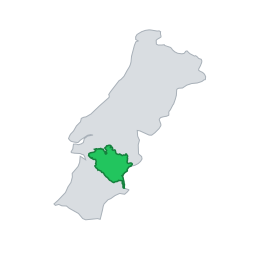 where Évora sits in Portugal, rotated 25°
{"feature_id": "PRT-744", "entity_name": "Évora", "entity_type": "District", "adm_level": 1, "iso_a3": "PRT", "parent_name": "Portugal", "parent_adm1": "", "projection": "mercator", "projection_center": [-7.866, 38.601], "detail": "fine", "context": "in_parent", "style": "filled", "palette": "green", "viewbox_px": 256, "rotation_deg": 25, "n_neighbors": 0, "source": "natural_earth", "source_scale": "10m", "svg_char_len": 6032}
<svg xmlns="http://www.w3.org/2000/svg" viewBox="0 0 256 256"><g transform="rotate(25 128 128)"><path d="M99.7,34.9L102.6,32.1L105.4,30.3L107.0,29.6L113.5,27.8L115.2,26.8L116.9,27.0L117.1,27.9L118.1,29.6L119.1,30.8L119.4,31.7L116.9,35.4L116.5,36.7L117.8,39.1L118.1,39.8L118.7,40.1L120.5,40.0L123.6,38.5L125.7,37.2L126.5,37.7L132.6,37.0L134.1,37.6L135.1,38.3L138.1,39.2L141.4,39.3L145.5,38.0L147.3,36.7L147.7,35.3L147.8,34.3L148.3,33.6L149.2,33.2L150.7,33.9L152.8,34.5L157.8,34.7L158.8,33.9L160.5,34.2L162.7,35.1L165.3,34.8L166.6,36.0L167.1,37.6L167.3,41.0L167.1,44.5L167.6,45.8L169.3,46.1L172.2,46.1L174.7,47.0L176.7,48.7L177.3,50.4L177.6,51.5L176.6,52.2L175.3,54.6L171.8,57.9L166.9,60.8L163.1,64.4L160.5,68.7L157.2,70.5L156.3,71.5L155.9,72.6L158.0,77.9L158.7,81.9L159.2,86.9L158.9,88.3L158.7,93.7L158.2,95.3L158.3,96.6L159.1,98.0L159.5,99.3L158.0,101.0L155.3,102.9L153.2,104.7L152.7,106.3L152.8,107.3L156.2,110.7L156.8,112.1L156.4,115.4L154.4,120.9L152.6,124.3L152.3,124.6L150.1,125.5L139.9,125.6L137.4,126.3L137.8,127.0L140.2,131.3L142.7,133.5L143.5,134.1L144.4,139.0L148.5,147.0L152.4,148.1L153.8,150.1L153.5,152.9L152.3,155.9L149.9,159.0L147.0,161.2L145.1,163.4L145.0,166.0L144.4,169.2L143.5,171.7L143.3,173.4L150.5,184.1L154.5,183.6L155.0,183.8L154.3,186.4L153.0,189.4L151.5,189.9L148.1,190.8L144.8,194.7L142.2,199.3L140.2,201.5L138.4,207.0L138.6,209.4L139.5,213.0L141.4,222.5L138.7,223.0L128.4,229.1L125.2,229.2L119.2,226.4L108.6,225.6L105.2,224.7L100.9,226.5L97.6,226.5L94.9,228.8L93.0,228.1L95.2,223.0L98.6,212.9L98.5,206.7L99.3,201.4L98.3,196.0L96.6,192.7L99.0,184.0L98.7,179.5L96.6,173.8L103.0,174.7L101.0,172.4L99.1,171.1L97.2,171.4L95.6,171.3L90.0,173.5L87.3,174.2L86.5,173.8L86.8,170.2L85.4,165.7L87.6,164.5L90.1,164.1L92.3,162.2L93.7,160.0L92.9,156.1L94.8,152.4L99.3,149.2L97.0,149.7L94.4,151.7L90.2,158.7L88.8,162.3L85.3,163.5L82.1,164.1L80.5,163.7L78.6,162.8L78.4,160.1L78.5,158.0L79.9,153.8L80.4,147.9L82.3,142.6L82.1,141.2L81.6,139.0L83.3,137.0L85.3,135.6L88.5,131.0L92.8,120.0L97.9,108.3L97.5,106.9L96.4,105.8L96.8,102.6L99.9,88.8L101.1,87.0L102.5,82.9L102.9,76.4L103.4,71.8L103.3,69.5L102.8,66.8L100.9,61.5L98.9,50.4L98.7,46.6L100.4,44.8L97.6,44.5L96.4,42.1L96.7,39.3L99.7,34.9Z" fill="#d9dde1" stroke="#a8b0b8" stroke-width="1"/><path d="M146.8,161.4L145.5,162.5L145.4,162.7L145.2,163.2L145.1,163.5L144.9,164.8L144.8,165.7L144.8,166.1L144.9,166.4L145.0,166.6L145.2,166.8L145.4,166.9L145.5,167.2L145.3,167.7L144.0,169.6L143.5,171.5L143.2,172.0L143.5,172.5L143.5,172.9L143.2,173.4L142.8,173.8L143.2,174.0L144.1,174.7L147.3,178.8L147.4,179.1L147.6,179.6L147.7,179.8L147.9,180.0L148.5,180.4L148.6,180.6L149.8,183.7L150.1,184.0L149.8,184.2L149.5,184.3L149.1,184.3L148.7,184.0L148.4,183.7L148.2,183.2L148.1,182.9L147.7,182.1L147.7,181.8L147.6,181.6L147.4,181.4L146.6,181.0L146.0,180.4L145.9,180.1L145.8,179.9L145.8,179.6L145.6,179.3L145.5,179.1L145.4,178.9L145.3,178.6L145.2,178.5L145.2,178.3L144.9,178.3L144.7,178.3L143.9,178.6L143.7,178.6L142.5,179.2L141.5,179.5L141.5,179.8L141.5,180.0L141.3,180.4L141.1,180.7L140.8,181.0L140.7,181.2L140.2,181.4L140.1,181.5L139.3,182.0L138.8,182.5L138.4,183.2L138.3,183.4L138.0,183.5L136.6,183.5L135.9,183.3L135.4,183.1L133.4,183.1L132.9,182.9L131.0,181.9L130.2,181.6L128.7,181.4L126.1,180.2L125.4,179.4L124.5,179.1L124.3,179.0L123.9,178.9L123.2,179.3L122.7,179.2L122.4,179.0L122.0,178.6L121.9,178.5L121.4,178.4L120.8,178.5L118.5,178.5L118.4,178.8L117.3,177.9L116.7,177.7L116.4,177.7L116.1,177.7L115.9,177.6L115.2,177.2L114.8,176.9L114.2,176.6L114.0,176.2L114.5,175.4L114.6,174.7L114.4,174.4L114.2,174.2L113.8,174.0L113.6,173.8L113.6,173.6L113.7,173.4L113.7,173.2L113.3,172.1L113.3,171.9L113.3,171.7L113.1,171.5L112.7,171.1L112.1,170.4L111.9,170.2L111.3,170.4L110.6,170.8L110.2,171.0L109.3,171.0L108.9,170.9L108.7,170.7L108.4,170.3L108.2,170.1L107.9,170.1L107.8,170.3L107.9,170.7L107.8,170.9L107.6,171.0L106.9,170.8L106.0,170.6L104.8,169.9L104.0,169.8L103.8,168.9L103.7,168.6L103.5,168.3L103.5,167.9L103.5,167.6L104.6,166.2L107.2,164.4L107.7,163.8L107.9,163.5L108.0,163.0L107.9,162.7L108.3,162.1L108.2,161.7L106.7,161.4L108.2,160.1L109.5,159.9L109.8,159.7L110.5,159.0L110.8,158.9L111.1,159.0L111.4,158.9L111.5,158.8L111.7,158.7L111.8,158.5L111.9,158.2L112.0,158.0L112.7,158.2L113.1,158.3L113.4,158.1L113.7,158.1L113.9,158.2L114.1,158.1L114.1,157.9L114.2,157.7L114.4,157.7L114.7,157.9L115.5,158.7L115.7,158.9L116.7,159.1L117.0,159.2L117.2,159.4L117.3,159.7L117.4,159.9L117.5,160.1L117.8,160.0L118.1,160.6L118.2,160.8L118.7,161.1L119.3,160.6L119.4,160.0L119.4,159.7L119.2,159.5L118.9,159.4L118.7,159.3L118.2,158.8L118.0,158.5L118.0,158.2L118.2,157.5L118.0,157.2L117.9,157.1L117.5,157.0L116.0,156.3L115.7,156.2L115.4,155.6L115.5,155.4L115.7,155.2L115.9,154.9L116.0,154.6L116.1,154.2L116.1,153.6L116.2,153.2L116.3,153.0L116.5,152.9L116.9,152.9L117.1,152.7L117.3,152.3L118.0,151.7L118.5,151.5L118.7,151.4L118.9,151.3L119.7,151.2L120.2,151.4L120.2,151.6L120.1,151.9L120.0,152.4L120.1,152.9L120.3,153.2L120.5,153.1L120.6,152.9L120.6,152.6L120.7,152.4L121.1,152.1L121.6,152.1L121.8,152.1L122.0,152.2L122.0,152.3L122.7,153.0L122.8,153.3L122.8,153.9L122.8,154.3L123.6,154.5L123.9,154.5L124.1,154.3L124.3,154.1L124.5,153.9L125.0,153.6L125.7,153.5L126.0,153.7L127.4,155.6L128.2,156.2L128.6,156.2L128.9,156.2L129.1,156.2L129.8,156.2L130.8,155.9L131.1,155.6L131.5,155.0L131.8,155.0L132.3,155.3L132.5,155.3L132.8,155.2L133.1,155.2L133.4,155.2L134.1,155.5L134.3,155.4L134.5,155.4L134.6,155.2L134.8,155.0L135.0,154.7L135.4,154.3L135.8,154.1L136.5,154.0L136.9,153.8L137.2,153.6L137.3,153.4L137.3,153.1L137.2,152.9L137.0,152.6L137.4,152.3L137.6,152.3L137.8,152.6L139.1,153.2L139.5,153.6L139.7,154.0L139.8,154.7L139.9,154.9L139.9,155.3L140.6,155.9L140.8,156.7L140.9,157.2L141.3,157.9L141.1,158.5L141.4,158.8L141.8,159.5L142.0,159.8L142.5,160.0L143.0,160.0L143.6,159.9L144.2,159.3L144.9,158.7L145.8,158.4L146.3,158.4L146.7,158.6L147.1,158.8L147.2,159.1L147.2,159.6L147.1,159.9L146.7,160.6L146.6,160.8L146.6,161.1L146.8,161.4L146.8,161.4Z" fill="#22c55e" stroke="#15803d" stroke-width="1.5"/></g></svg>